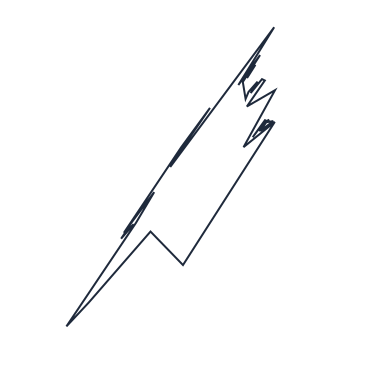 Nationalparken, Equal Earth projection, rotated 305°
{"feature_id": "GRL-2742", "entity_name": "Nationalparken", "entity_type": "state/province", "adm_level": 1, "iso_a3": "GRL", "parent_name": "Greenland", "parent_adm1": "", "projection": "equal_earth", "projection_center": [-27.197, 77.317], "detail": "coarse", "context": "isolated", "style": "outline", "palette": "slate", "viewbox_px": 384, "rotation_deg": 305, "n_neighbors": 0, "source": "natural_earth", "source_scale": "10m", "svg_char_len": 732}
<svg xmlns="http://www.w3.org/2000/svg" viewBox="0 0 384 384"><g transform="rotate(305 192 192)"><path d="M296.9,219.6L127.0,226.5L135.8,180.7L42.1,170.8L9.9,166.2L134.5,163.8L170.2,161.1L119.5,159.6L222.5,157.5L271.2,158.5L215.6,159.0L200.0,159.8L374.1,164.8L306.2,168.6L343.2,169.2L311.3,170.5L299.0,182.5L306.5,180.9L320.0,182.4L306.7,183.3L324.6,184.6L325.1,187.7L293.5,187.9L323.0,201.6L258.3,208.5L296.9,219.6ZM123.4,160.5L132.1,162.7L113.1,160.7L123.4,160.5ZM291.7,212.8L296.7,217.9L281.2,212.9L291.7,212.8ZM292.8,210.9L271.7,210.3L293.5,210.6L292.8,210.9ZM316.9,171.7L328.9,170.6L332.5,171.0L316.9,171.7ZM290.8,211.2L295.5,213.8L291.5,212.6L280.4,212.1L290.8,211.2Z" fill="none" stroke="#1e293b" stroke-width="2"/></g></svg>